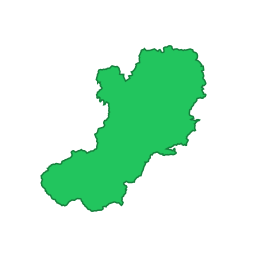 outline of Trang Dinh, Lạng Sơn, Vietnam, rotated 291°
{"feature_id": "81297802B55237865359696", "entity_name": "Trang Dinh", "entity_type": "district", "adm_level": 2, "iso_a3": "VNM", "parent_name": "Vietnam", "parent_adm1": "Lạng Sơn", "projection": "albers", "projection_center": [106.413, 22.302], "detail": "fine", "context": "isolated", "style": "filled", "palette": "green", "viewbox_px": 256, "rotation_deg": 291, "n_neighbors": 0, "source": "geoboundaries", "source_scale": "gbopen_adm2", "svg_char_len": 5860}
<svg xmlns="http://www.w3.org/2000/svg" viewBox="0 0 256 256"><g transform="rotate(291 128 128)"><path d="M143.2,186.5L144.7,187.6L146.3,187.9L147.1,188.5L148.9,189.3L149.3,191.3L150.1,191.8L151.5,190.4L153.3,189.8L154.1,189.8L155.7,188.6L156.1,189.2L157.6,189.3L158.1,189.8L159.7,190.3L159.9,190.5L160.2,191.5L161.1,191.9L161.1,191.0L160.5,189.4L159.2,188.5L158.9,188.1L158.9,185.0L158.3,184.0L158.4,183.6L160.8,185.8L161.1,185.3L161.7,185.1L162.1,184.4L161.9,183.0L162.2,180.9L162.5,180.6L163.6,180.0L167.1,179.1L167.5,179.3L167.9,180.1L169.1,180.1L170.0,179.8L172.9,180.9L174.9,180.7L175.5,181.4L178.0,182.3L178.5,182.3L179.1,181.9L180.3,182.0L181.8,184.0L181.9,184.6L182.5,184.9L182.2,185.9L182.7,187.3L183.8,187.3L184.3,188.1L185.1,188.8L186.8,188.8L187.2,188.3L186.7,186.3L188.1,185.7L188.2,184.9L189.2,184.2L189.5,183.6L189.8,183.4L190.4,183.5L191.5,184.5L192.2,183.3L192.2,182.2L192.7,182.1L193.6,182.5L194.5,182.5L194.6,183.5L195.0,183.8L196.6,184.6L197.6,184.6L199.8,182.6L200.5,181.5L200.8,180.5L202.1,179.9L202.9,180.2L204.3,179.8L205.3,178.8L206.3,178.4L207.0,176.8L207.5,176.3L207.8,176.3L208.8,177.6L209.2,177.9L212.4,176.2L212.7,175.9L211.9,174.3L213.3,174.2L215.1,171.4L215.9,169.1L215.9,166.9L218.0,167.5L219.1,167.4L220.5,166.9L221.9,165.9L222.6,164.4L222.5,162.5L222.7,161.4L223.0,161.1L223.9,160.7L224.1,160.3L224.0,157.7L221.3,153.9L221.1,152.6L220.1,151.7L220.3,149.8L219.1,147.9L219.4,145.4L218.2,143.1L217.4,142.7L217.8,141.1L218.6,140.2L219.3,140.1L219.9,139.2L219.8,137.8L219.3,136.7L217.5,135.3L216.9,133.7L215.7,132.7L215.0,132.7L213.2,133.9L212.0,134.3L211.4,134.0L210.7,132.9L210.7,132.0L212.2,130.5L212.6,129.7L211.8,128.9L210.4,128.5L210.5,127.4L211.3,124.4L208.3,120.7L206.9,117.6L206.9,117.2L208.0,114.8L206.7,114.5L206.2,113.3L205.2,112.6L204.4,113.1L203.8,112.8L200.9,112.8L199.2,112.5L198.0,113.6L197.0,113.6L193.2,115.4L192.2,114.0L190.3,112.5L189.7,113.3L187.6,113.3L187.1,113.6L186.2,113.3L184.8,113.1L182.4,112.1L181.5,111.0L180.3,112.5L179.2,113.1L178.2,112.5L177.7,111.7L177.3,110.4L176.8,110.0L175.1,111.9L170.9,108.9L174.2,105.5L176.5,104.8L176.3,104.2L175.9,103.9L176.0,103.2L175.5,102.4L175.2,100.9L177.8,100.3L179.2,99.0L180.5,98.2L181.3,96.6L181.5,95.8L180.6,94.2L180.3,91.0L180.0,90.6L177.3,89.5L176.2,87.3L175.0,86.7L175.0,86.1L174.3,85.3L174.1,84.2L173.0,83.0L172.7,81.3L171.5,80.0L169.8,80.1L169.0,80.8L167.2,80.3L165.9,80.7L163.0,80.9L162.6,81.2L161.8,81.1L161.0,82.9L159.2,83.6L159.7,83.8L160.4,84.7L160.7,85.6L159.8,85.5L158.7,86.9L157.5,87.0L156.0,89.5L154.6,89.3L154.3,88.8L153.3,88.3L153.1,87.8L151.9,87.9L150.4,86.7L149.4,87.1L147.7,86.8L146.7,87.7L145.3,88.1L145.0,88.4L145.1,89.3L146.4,89.6L146.2,90.8L144.7,91.6L143.2,91.8L142.6,92.6L142.7,92.9L144.9,93.6L145.1,95.0L144.6,95.7L143.5,96.3L142.1,96.9L141.0,97.0L141.7,98.0L144.6,98.4L144.7,98.9L144.2,100.2L144.1,101.2L143.7,101.5L142.0,101.8L139.9,103.4L139.0,103.3L138.2,103.8L137.0,103.9L136.3,105.1L134.6,104.6L134.0,105.3L132.9,105.2L131.3,106.1L130.7,106.0L129.2,105.3L127.7,105.1L126.5,103.5L125.9,103.7L125.0,103.3L123.9,103.6L122.3,105.2L121.0,105.1L119.9,104.7L116.9,100.8L116.4,100.6L113.4,101.0L111.9,100.7L111.2,100.3L110.7,99.5L110.2,99.3L107.6,101.6L106.8,103.0L104.1,103.7L103.5,105.0L99.5,105.5L98.5,106.0L97.5,106.0L96.8,105.7L96.4,104.8L94.3,103.9L92.9,101.3L91.8,100.8L91.4,99.9L90.7,99.6L89.8,98.6L90.8,97.1L91.1,95.4L90.6,93.8L91.1,92.1L89.8,91.3L89.1,90.0L87.2,88.3L86.7,87.6L87.2,85.3L87.1,84.9L85.9,83.9L85.1,83.7L84.8,83.8L83.7,85.0L82.2,85.6L81.5,85.6L79.8,85.0L79.1,84.5L78.3,83.4L76.8,82.2L75.7,80.7L74.7,80.3L74.3,79.5L73.1,78.4L71.6,78.7L70.3,78.2L69.8,77.6L69.2,74.0L68.9,73.4L67.9,72.8L67.4,71.2L66.0,69.6L64.8,69.4L64.0,68.3L62.9,68.4L61.7,67.8L61.4,67.3L60.4,68.6L59.4,68.5L58.4,67.0L57.6,66.9L55.8,65.4L53.9,64.9L52.2,64.1L51.4,64.7L50.1,65.2L49.6,66.2L49.1,66.6L45.6,66.7L44.7,67.5L43.5,68.1L42.4,69.7L41.5,72.3L40.7,73.0L39.7,73.3L39.5,73.6L39.8,74.3L38.0,75.8L37.7,77.2L37.2,78.1L37.6,79.1L37.4,79.8L34.9,82.4L34.7,84.1L35.1,85.6L34.7,86.2L34.0,86.7L33.3,88.1L32.7,88.6L32.9,90.2L32.6,90.8L32.7,91.5L32.3,93.3L31.9,94.0L32.3,94.7L33.0,95.1L32.7,96.8L33.8,98.0L34.2,98.3L38.0,99.4L40.6,101.4L41.4,104.0L43.4,105.3L44.2,106.4L44.4,107.7L44.9,108.7L44.8,109.6L43.3,110.6L42.8,112.0L41.8,112.5L40.8,113.9L40.8,114.7L39.6,116.0L39.3,117.5L37.9,119.7L37.9,120.8L38.2,121.9L37.4,123.3L37.3,123.7L37.8,125.1L38.7,126.2L39.3,128.1L40.4,129.3L41.9,132.7L43.6,133.7L45.2,132.7L46.3,133.9L46.6,135.8L47.7,135.8L49.1,136.8L50.4,137.3L54.0,141.6L54.2,142.5L54.1,144.6L54.9,146.2L53.4,149.5L54.5,150.1L56.7,150.1L58.0,148.2L59.4,148.1L60.9,147.3L61.4,147.4L62.9,148.3L64.4,148.2L66.0,149.1L67.2,148.9L68.2,148.4L69.7,148.7L69.7,147.8L70.0,147.6L72.4,148.1L73.4,147.0L73.2,145.9L73.6,145.4L73.9,144.3L74.6,143.9L75.3,143.8L76.3,144.7L77.6,145.4L77.3,148.2L77.7,148.8L77.7,149.3L78.1,150.0L78.5,151.2L79.4,152.3L79.8,153.3L81.5,152.9L85.0,154.0L85.6,154.9L86.5,155.1L87.4,155.8L88.2,157.2L92.1,156.8L93.9,157.1L97.9,156.7L98.8,157.0L101.3,157.1L102.1,156.2L102.6,157.5L104.2,159.0L105.3,158.7L106.6,158.7L108.1,159.5L109.5,158.8L110.8,158.8L111.5,159.2L111.5,160.2L113.3,160.5L114.0,160.9L114.6,162.1L115.6,163.1L116.1,164.4L115.7,165.4L115.6,166.3L115.3,167.2L115.5,168.4L116.2,169.8L115.2,170.4L115.5,171.7L116.6,172.7L116.8,173.5L117.3,174.4L117.2,175.0L118.8,177.5L119.2,178.9L119.2,179.6L120.0,180.7L121.4,181.8L121.9,181.9L122.4,181.6L122.8,179.9L124.4,179.7L125.5,178.9L124.7,178.2L122.8,178.0L122.7,177.0L123.1,176.3L122.2,171.3L123.2,172.1L123.7,172.8L124.8,173.4L125.2,175.0L126.0,175.3L127.3,176.5L128.5,176.9L129.3,178.3L129.4,179.5L131.0,180.1L131.2,181.5L131.9,182.6L132.7,183.1L132.2,184.3L131.8,184.7L131.9,186.2L133.0,187.0L132.5,188.1L132.8,188.7L135.0,188.1L137.1,188.5L138.3,188.5L139.1,186.3L140.0,186.4L140.8,185.8L142.2,186.5L143.2,186.5Z" fill="#22c55e" stroke="#15803d" stroke-width="1.5"/></g></svg>